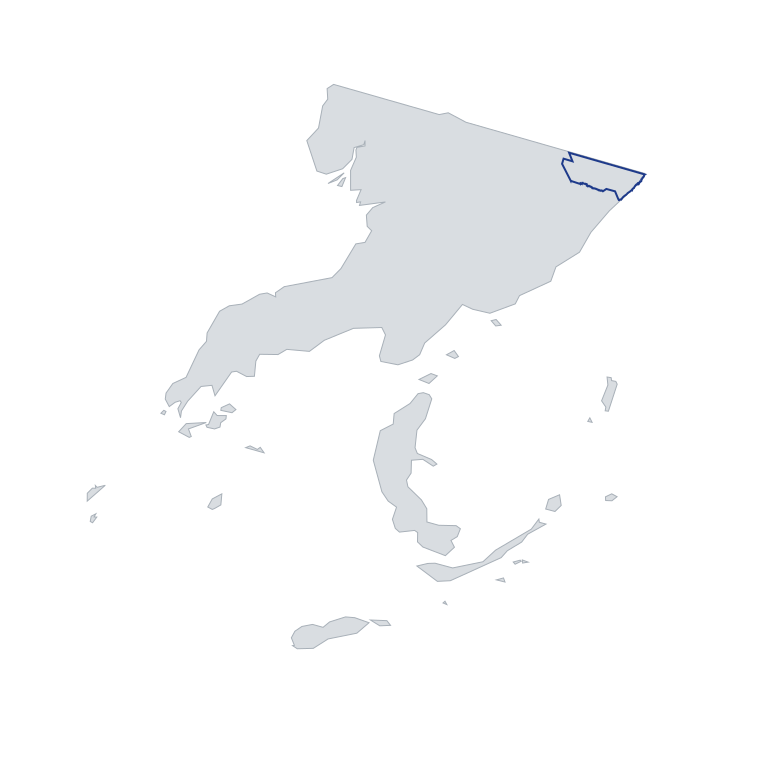 Vanimo/Green River District, Sandaun, Papua New Guinea (highlighted), rotated 106°
{"feature_id": "67681753B35177268475700", "entity_name": "Vanimo/Green River District", "entity_type": "district", "adm_level": 2, "iso_a3": "PNG", "parent_name": "Papua New Guinea", "parent_adm1": "Sandaun", "projection": "equal_earth", "projection_center": [141.584, -3.431], "detail": "fine", "context": "in_parent", "style": "outline", "palette": "blue", "viewbox_px": 768, "rotation_deg": 106, "n_neighbors": 0, "source": "geoboundaries", "source_scale": "gbopen_adm2", "svg_char_len": 7477}
<svg xmlns="http://www.w3.org/2000/svg" viewBox="0 0 768 768"><g transform="rotate(106 384 384)"><path d="M109.9,515.0L109.8,405.2L105.6,397.0L109.8,377.4L109.7,191.5L117.5,192.4L155.4,215.1L181.1,226.9L203.4,232.4L224.0,251.0L239.2,252.0L261.7,278.1L270.8,279.9L286.8,301.7L287.7,319.4L285.9,330.5L310.2,341.2L333.4,356.2L346.0,357.8L353.0,363.1L361.7,375.9L363.2,393.2L358.2,396.2L336.4,396.1L330.3,401.7L338.9,428.7L358.4,453.4L373.2,464.7L377.5,487.0L384.9,494.0L389.7,511.7L397.3,513.5L412.3,510.7L414.7,518.1L412.4,529.3L414.5,533.8L441.9,543.2L432.7,549.0L436.8,559.2L454.7,568.0L465.8,571.3L472.5,570.3L464.6,575.3L457.6,573.8L456.3,575.4L459.1,579.7L464.9,584.2L458.8,590.1L452.8,591.0L441.7,587.1L432.2,576.1L402.2,571.2L391.9,566.4L383.7,568.1L359.4,562.1L351.5,554.3L346.3,542.5L332.0,528.3L328.7,521.4L330.1,512.1L326.2,513.5L317.9,506.7L296.1,463.3L284.9,457.2L257.1,449.7L253.1,441.3L240.1,438.1L237.1,443.6L226.5,447.5L217.5,443.4L208.6,432.8L219.1,456.8L215.4,456.7L217.1,460.4L215.1,461.0L203.5,459.6L207.0,469.5L187.9,475.0L173.6,473.1L166.8,475.5L164.0,475.2L160.4,467.9L155.2,469.3L159.5,469.4L165.0,477.9L176.9,476.7L188.5,483.1L198.2,497.3L197.8,507.2L171.3,525.3L156.0,517.5L133.6,519.6L125.7,516.6L115.7,520.1L109.9,515.0ZM510.5,271.5L515.9,276.5L521.5,271.3L532.1,277.7L530.0,301.7L526.5,308.3L517.5,310.7L516.3,314.2L522.1,328.3L519.7,333.3L511.8,338.6L498.9,338.0L495.4,347.7L488.2,356.3L460.2,373.3L429.9,374.7L420.0,364.1L409.6,366.1L395.6,353.6L383.9,348.6L381.5,343.8L381.8,337.6L385.1,334.0L406.0,334.6L419.3,339.6L436.7,336.6L441.6,332.8L443.5,317.4L446.4,311.1L449.4,314.0L445.7,325.9L449.7,336.6L462.2,333.4L470.1,335.9L476.2,332.7L485.1,316.1L492.1,308.5L504.8,304.7L504.7,292.4L500.3,275.6L502.1,270.7L510.5,271.5ZM662.4,394.4L660.7,399.8L659.9,398.1L653.5,403.1L646.2,401.5L639.7,396.1L634.8,386.4L634.7,375.5L627.7,370.7L618.5,356.8L616.7,347.7L617.6,332.6L631.0,341.4L644.5,367.5L657.6,379.1L662.4,394.4ZM559.0,278.3L549.9,302.2L544.4,292.4L542.2,285.5L541.9,267.3L527.6,239.9L512.9,230.9L482.9,202.4L471.1,197.9L474.1,196.6L474.0,189.7L488.8,204.5L498.0,208.1L510.3,219.5L518.6,223.5L554.8,266.0L559.0,278.3ZM319.9,159.8L348.3,160.8L348.8,164.0L345.0,164.4L340.2,170.2L323.3,168.5L315.8,171.5L315.3,167.4L318.0,166.2L317.6,161.9L319.9,159.8ZM461.1,526.3L466.2,530.3L470.6,529.8L473.9,534.5L474.4,542.2L472.5,543.9L471.3,541.5L457.6,540.0L460.3,535.7L457.8,526.9L461.1,526.3ZM459.6,194.1L449.6,194.0L442.1,184.7L451.9,180.2L459.4,184.5L459.6,194.1ZM481.1,559.6L487.6,554.8L489.0,556.5L486.5,568.2L476.6,563.2L470.0,544.2L481.1,559.6ZM534.3,509.6L545.2,507.5L550.4,512.6L551.9,514.5L550.8,519.5L541.8,517.4L534.3,509.6ZM558.2,624.0L578.4,637.0L570.8,639.1L564.5,635.6L563.7,632.4L561.1,633.5L562.4,631.3L558.2,624.0ZM370.0,351.6L361.0,341.7L361.5,335.0L371.1,340.9L370.0,351.6ZM454.3,533.6L451.6,533.9L445.7,527.0L449.4,519.3L453.5,522.2L454.3,533.6ZM614.6,332.0L610.7,316.0L614.2,311.2L617.6,321.4L614.6,332.0ZM338.7,332.0L332.5,325.8L337.1,320.0L339.9,323.0L338.7,332.0ZM434.9,138.8L431.4,140.0L426.8,134.8L428.1,128.9L433.4,132.7L434.9,138.8ZM297.4,292.6L293.6,298.4L291.1,294.0L295.2,287.6L297.4,292.6ZM483.2,480.3L483.3,499.4L480.4,495.7L481.8,487.7L479.0,485.5L483.2,480.3ZM200.7,485.3L206.7,493.1L192.0,480.5L200.7,485.3ZM206.0,483.4L197.9,480.2L196.2,477.8L205.8,478.9L206.0,483.4ZM597.7,625.9L597.1,628.5L591.8,629.0L588.2,625.2L591.7,626.1L591.1,623.4L597.7,625.9ZM541.0,213.1L541.3,221.9L537.5,215.7L541.0,213.1ZM521.1,208.3L519.5,210.7L515.8,204.5L516.5,203.2L521.1,208.3ZM474.1,586.6L473.6,590.4L470.0,588.4L470.5,586.0L474.1,586.6ZM517.9,201.4L515.0,202.5L515.5,196.4L517.9,201.4ZM363.5,173.4L363.8,177.8L359.8,176.8L363.5,173.4ZM578.7,262.8L578.2,266.9L576.0,265.5L578.7,262.8Z" fill="#d9dde1" stroke="#a8b0b8" stroke-width="1"/><path d="M142.5,208.9L142.4,208.6L142.2,208.3L142.0,208.2L141.9,208.2L141.7,208.0L141.6,207.9L141.4,207.6L141.2,207.1L141.3,207.0L141.3,206.9L141.2,206.9L140.8,206.7L140.7,206.6L140.3,206.4L139.9,206.3L139.5,206.2L139.3,206.1L139.1,206.0L138.8,205.9L138.6,205.7L138.3,205.5L138.2,205.5L137.7,205.2L137.2,204.9L136.9,204.7L136.7,204.6L136.5,204.4L136.3,204.1L136.1,204.0L135.9,203.9L135.6,203.6L135.3,203.4L135.1,203.3L135.0,203.2L134.8,203.1L134.3,202.9L134.0,203.3L134.1,203.0L134.2,202.9L133.6,202.5L133.0,202.1L132.6,201.8L132.4,201.6L131.6,200.9L131.4,200.8L131.6,200.8L131.2,200.6L130.4,200.1L130.1,199.9L130.0,199.7L129.6,199.5L129.2,199.3L128.8,199.1L128.5,199.0L128.6,198.9L128.3,198.9L128.1,198.9L127.5,198.6L127.4,198.5L127.3,198.8L127.3,198.7L127.4,198.4L127.3,198.2L127.1,198.1L126.6,197.9L126.4,197.7L126.2,197.7L125.7,197.6L125.1,197.5L124.7,197.3L124.5,197.2L124.0,197.1L123.9,197.0L123.7,196.9L123.5,196.7L123.3,196.7L123.2,196.7L122.9,196.5L122.8,196.4L122.7,196.2L122.4,196.2L122.2,196.0L122.1,195.9L122.0,195.7L121.9,195.4L122.1,195.3L122.2,195.1L122.2,194.8L122.1,194.7L121.9,194.4L121.7,194.5L121.6,194.8L121.6,195.1L121.7,195.3L121.6,195.5L121.3,195.5L121.0,195.4L120.8,195.2L120.7,195.1L120.6,194.9L120.7,194.7L120.8,194.5L120.9,194.4L121.0,194.3L121.0,194.2L120.9,194.1L120.7,194.1L120.6,194.3L120.5,194.2L120.3,194.0L120.1,193.9L119.9,193.9L119.7,194.0L119.4,193.9L119.2,193.5L119.1,193.4L118.9,193.3L118.7,193.4L118.6,193.0L118.3,192.7L118.1,192.6L117.7,192.7L117.4,192.7L117.1,192.8L116.9,192.9L116.8,193.0L116.7,193.0L116.3,193.0L116.1,192.7L115.9,192.6L115.7,192.5L115.5,192.4L115.4,192.4L114.8,192.4L114.7,192.4L114.3,192.3L114.2,192.2L114.0,191.8L113.9,191.8L113.7,191.7L113.2,191.7L112.9,191.4L112.1,191.4L111.8,191.3L111.7,191.3L111.5,191.5L111.4,191.5L111.2,191.7L111.0,191.4L110.8,191.3L110.7,191.2L110.7,269.8L118.0,264.2L117.9,273.5L123.3,273.5L137.3,260.4L137.1,260.4L137.3,259.2L137.6,252.0L137.6,251.9L137.5,251.7L137.4,251.6L137.4,251.4L137.5,251.2L137.4,251.1L137.5,251.1L137.5,250.9L137.5,250.6L137.6,250.4L137.4,250.4L137.2,250.4L137.2,250.2L137.2,249.9L137.1,250.0L136.8,249.9L136.9,249.7L136.8,249.4L136.7,249.3L136.8,249.3L136.9,249.1L136.7,248.9L136.6,248.7L136.5,248.4L136.4,248.3L136.4,248.2L136.2,247.9L136.1,247.7L136.3,247.5L136.3,247.3L136.3,247.2L136.3,246.9L136.3,246.7L136.2,246.4L136.1,246.1L136.0,245.9L136.0,245.7L136.1,245.8L136.2,245.6L136.3,245.6L136.3,245.3L136.3,245.2L136.2,245.0L136.2,244.9L136.3,244.8L136.3,244.7L136.2,244.7L136.3,244.1L137.3,243.8L137.3,243.7L137.5,243.6L137.6,243.4L137.5,243.2L137.4,243.1L137.4,242.8L137.5,242.7L137.3,242.6L137.2,242.6L137.3,242.3L137.3,242.2L137.2,241.9L137.3,241.7L137.2,241.6L137.3,241.5L137.2,241.4L137.2,241.2L137.1,240.9L137.1,240.7L137.3,240.6L137.4,240.4L137.4,240.2L137.5,240.1L137.5,239.8L137.5,239.7L137.4,239.6L137.3,239.4L137.4,239.1L137.5,239.0L137.6,238.9L137.5,238.6L137.7,238.4L137.8,238.1L138.0,238.2L138.2,237.9L138.3,237.8L138.2,237.6L138.2,237.4L138.3,237.1L138.4,236.9L138.3,236.6L138.2,236.5L138.1,236.3L138.0,236.2L138.0,235.9L138.0,235.5L137.9,235.4L137.9,235.1L138.1,234.7L138.0,234.4L137.9,234.3L137.9,234.1L138.0,233.9L138.0,233.6L138.1,233.4L138.2,233.1L138.2,232.9L138.1,232.7L138.2,232.4L138.1,232.2L138.2,231.8L138.4,231.7L138.5,231.5L138.4,231.4L138.4,231.2L138.5,231.2L138.6,230.9L138.6,230.7L138.4,230.6L138.5,230.4L138.4,230.3L138.3,230.1L138.3,229.9L138.3,229.7L138.5,229.5L138.5,229.3L138.5,229.1L138.4,229.1L138.3,228.9L138.2,228.7L138.0,228.1L137.9,228.0L138.0,227.6L138.1,227.4L138.2,227.2L138.2,226.9L138.3,226.9L138.4,226.7L135.2,224.0L135.2,221.9L135.1,215.0L141.5,209.9L142.5,208.9Z" fill="none" stroke="#1e3a8a" stroke-width="2"/></g></svg>